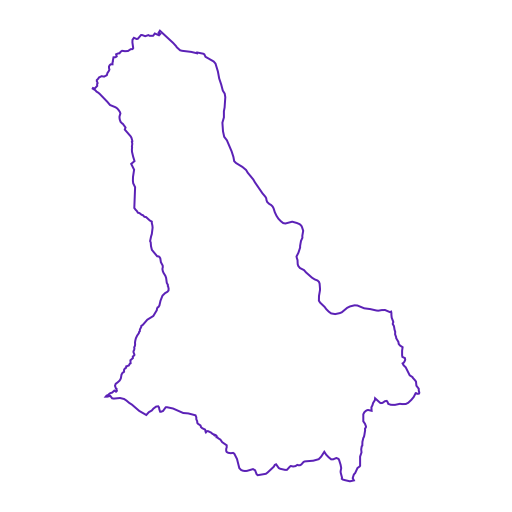 outline of Bania, Caras-Severin, Romania
{"feature_id": "2599482B2316424382008", "entity_name": "Bania", "entity_type": "district", "adm_level": 2, "iso_a3": "ROU", "parent_name": "Romania", "parent_adm1": "Caras-Severin", "projection": "orthographic", "projection_center": [22.097, 44.811], "detail": "fine", "context": "isolated", "style": "outline", "palette": "violet", "viewbox_px": 512, "rotation_deg": 0, "n_neighbors": 0, "source": "geoboundaries", "source_scale": "gbopen_adm2", "svg_char_len": 6034}
<svg xmlns="http://www.w3.org/2000/svg" viewBox="0 0 512 512"><path d="M105.7,396.7L107.1,396.7L110.3,395.9L112.1,398.3L113.8,398.6L120.0,398.0L124.1,399.0L126.5,400.6L129.2,402.9L131.9,404.6L139.2,410.9L146.3,415.0L148.8,412.2L151.8,410.5L153.4,408.6L156.1,406.6L158.2,406.3L159.0,407.4L159.3,409.2L160.1,411.7L160.9,411.8L163.0,411.0L165.7,407.3L166.9,407.2L173.0,408.5L183.2,413.0L188.2,413.4L195.5,415.3L196.3,417.3L196.3,419.2L197.2,421.3L197.3,422.9L198.0,423.8L200.4,425.4L200.8,426.2L200.9,427.0L202.2,428.2L205.1,429.6L205.5,430.8L205.5,431.7L205.9,432.4L206.9,431.2L207.9,431.1L211.1,432.6L212.5,433.9L214.6,434.7L214.3,435.2L214.6,435.5L215.8,435.2L216.6,436.0L216.4,436.8L216.5,437.3L217.5,437.4L218.1,438.2L220.4,439.6L222.2,442.2L226.7,445.3L226.7,447.3L226.2,448.9L226.2,450.9L226.7,452.0L228.2,452.8L230.7,453.2L233.1,452.9L234.3,453.7L237.0,459.0L239.3,468.1L241.1,470.0L242.9,470.7L244.8,471.0L246.9,470.9L253.0,469.1L255.1,470.3L256.6,474.2L257.7,475.2L265.9,473.8L267.6,472.5L273.8,466.7L274.8,464.9L276.1,464.3L278.8,468.1L280.3,468.8L285.2,469.9L286.5,469.9L287.0,469.8L289.8,466.7L290.8,466.0L293.1,466.5L295.5,466.1L297.3,464.9L298.7,465.3L300.1,465.2L301.3,464.5L303.6,461.9L304.9,461.4L313.3,460.7L318.7,459.2L321.2,456.6L324.3,451.8L326.1,454.6L328.6,457.2L331.1,459.3L333.2,459.3L336.4,458.0L338.5,458.9L339.1,460.0L340.6,464.8L341.2,468.1L340.6,471.3L340.7,472.7L342.0,477.6L341.8,478.8L342.7,479.5L344.7,480.1L349.9,481.3L353.9,480.4L352.7,478.1L353.7,474.9L354.4,473.8L355.1,473.2L357.5,468.0L359.6,466.5L360.1,465.8L360.1,456.6L361.5,452.4L361.2,449.4L361.7,446.3L362.3,445.6L362.4,441.9L363.3,438.0L364.0,436.7L364.4,434.8L365.1,430.4L365.0,428.7L365.9,427.3L366.0,426.5L365.0,423.8L363.3,421.3L363.3,414.3L364.3,412.3L365.8,410.9L367.3,410.1L368.2,410.0L371.6,410.8L371.4,407.3L372.4,405.4L373.1,403.0L374.9,400.1L375.1,398.3L380.1,402.8L380.9,403.1L382.5,402.9L384.9,401.2L386.7,400.9L387.6,402.1L388.3,403.9L390.9,404.8L394.9,404.9L399.9,403.8L402.2,404.1L405.8,404.0L408.2,402.8L411.3,399.9L413.7,397.0L415.7,393.1L416.1,393.1L417.1,393.8L418.8,393.7L419.1,393.5L419.3,392.5L418.8,390.8L418.7,388.7L416.4,385.7L416.0,381.7L415.3,380.6L412.8,377.8L412.5,377.1L409.7,375.3L405.7,367.3L403.6,365.3L402.6,363.4L403.7,362.7L404.5,361.5L405.2,359.8L404.9,358.1L402.4,356.9L402.1,355.3L402.1,350.7L402.6,347.2L400.0,345.5L398.7,343.9L398.4,341.9L396.2,338.2L396.1,337.0L395.1,334.3L395.2,331.8L394.5,329.6L394.1,327.0L393.8,325.8L392.8,324.2L392.8,323.4L393.3,322.1L393.2,321.6L391.7,317.7L391.4,314.8L391.4,313.0L391.1,311.6L389.9,312.1L385.0,310.0L381.6,310.1L378.3,310.7L376.4,310.5L370.3,309.1L364.2,308.3L357.4,305.5L354.6,305.3L350.1,306.4L347.2,307.8L341.8,312.3L339.8,313.1L335.2,314.1L331.1,313.4L328.7,311.6L326.3,309.2L324.6,306.9L320.1,302.6L318.9,300.7L319.0,295.9L320.0,290.1L320.0,288.6L319.6,283.6L318.9,281.8L317.5,280.5L314.7,279.4L312.0,277.7L306.0,272.4L304.0,270.1L299.9,268.0L298.3,266.0L297.7,264.2L297.5,260.0L296.9,258.3L296.5,256.5L298.4,252.8L300.1,247.6L300.1,245.9L301.0,240.9L302.4,237.8L302.3,235.9L303.2,230.8L302.0,227.1L301.3,225.7L299.7,224.2L296.9,223.0L292.2,221.7L285.4,223.5L283.2,223.1L280.8,221.2L278.4,218.7L276.5,215.8L274.8,212.2L273.6,208.4L272.6,206.5L271.1,205.0L269.2,203.9L267.2,202.0L266.5,200.2L266.2,198.2L265.4,196.8L262.5,193.4L254.9,182.3L253.3,179.5L247.7,172.7L246.1,170.0L242.5,167.0L236.0,163.0L234.2,161.2L233.4,156.9L231.6,151.3L226.9,140.3L224.2,136.8L223.0,131.3L222.4,122.7L223.9,117.4L223.9,111.2L224.6,107.5L225.3,97.2L224.7,93.6L222.8,90.6L221.2,84.5L219.2,78.5L217.9,71.5L215.5,63.6L213.7,61.5L205.5,56.8L204.3,54.3L203.2,53.7L197.2,52.5L197.1,53.3L191.2,51.9L182.1,50.8L180.1,50.3L176.7,47.2L176.2,46.3L173.2,43.0L159.9,30.7L158.6,32.8L160.2,34.0L159.0,35.3L154.8,33.5L153.2,35.7L152.6,35.8L149.6,35.8L148.4,35.1L145.2,36.2L142.3,35.1L141.1,35.0L137.8,38.8L136.6,39.0L133.9,37.8L132.5,39.8L132.4,42.4L133.2,48.1L132.5,49.1L130.7,49.2L128.0,51.0L125.0,51.2L122.1,50.8L120.6,51.8L119.5,53.3L118.5,53.3L116.1,54.3L116.7,56.4L115.5,57.2L113.5,57.3L112.8,61.1L112.9,61.7L112.5,62.4L112.5,64.3L110.7,64.3L109.7,65.2L109.0,66.5L109.0,68.0L109.4,69.6L108.7,71.2L107.5,72.9L106.8,75.2L104.1,76.6L101.6,76.2L98.9,77.5L98.3,78.6L96.8,80.1L96.8,81.2L97.5,82.6L97.6,83.3L97.1,84.0L97.2,85.9L94.6,88.6L93.0,88.0L92.7,88.6L95.3,90.2L96.5,91.6L98.3,92.7L99.7,93.9L107.5,102.0L110.0,105.0L115.6,107.3L117.3,108.5L118.8,110.3L119.9,112.0L120.4,113.4L119.5,116.5L119.5,117.9L119.8,119.7L120.6,121.9L122.2,123.5L122.8,123.8L125.5,127.5L124.8,129.6L130.7,136.4L131.5,137.9L132.3,140.9L132.3,141.5L131.9,141.8L132.3,143.8L131.9,146.7L132.1,147.2L131.9,149.4L132.0,151.8L133.1,156.5L134.5,161.1L131.2,163.9L134.1,169.7L133.0,176.9L132.9,180.8L133.2,183.3L135.1,187.2L134.3,208.0L135.8,210.0L136.7,210.8L137.9,212.7L139.5,213.1L141.6,214.8L142.8,215.1L144.4,216.8L146.1,217.1L149.8,220.5L151.8,221.6L151.8,223.0L152.4,225.6L152.6,227.7L151.8,234.1L151.1,236.3L150.1,241.1L150.7,242.4L151.0,246.2L151.9,249.9L157.2,256.3L158.7,256.4L159.7,257.3L160.3,258.4L160.9,262.2L162.7,265.6L162.8,267.1L162.4,269.0L162.8,271.1L163.5,272.8L165.4,275.9L166.1,277.9L166.8,282.9L167.9,284.9L167.8,286.0L168.1,286.4L168.6,288.5L168.5,290.5L167.4,291.8L165.1,293.1L162.5,295.6L160.5,300.7L159.4,305.5L158.4,307.1L157.6,307.4L157.0,308.7L156.8,310.2L153.3,316.0L147.3,319.7L142.8,324.9L141.3,325.9L141.2,327.0L139.9,329.5L139.8,331.3L139.0,332.1L138.9,333.1L137.2,335.5L135.9,338.2L135.3,340.6L135.0,342.5L135.1,344.5L134.9,345.9L134.2,347.3L134.4,348.6L134.1,350.1L133.5,351.2L133.5,352.2L134.4,354.6L134.3,355.3L132.8,356.5L132.9,358.1L130.4,360.3L130.6,363.3L129.8,363.7L128.8,365.5L126.2,366.4L126.2,367.3L125.7,368.2L124.9,368.5L124.2,369.5L124.0,370.3L124.1,371.3L123.8,372.1L122.6,372.7L121.5,374.6L120.9,378.1L120.3,379.5L119.5,380.7L117.5,382.5L115.7,383.8L115.0,385.8L115.9,388.4L116.6,388.9L116.5,389.7L116.9,390.8L116.0,391.7L114.3,390.6L112.0,392.7L110.7,393.0L109.6,393.6L108.1,395.0L106.6,395.6L105.7,396.7Z" fill="none" stroke="#5b21b6" stroke-width="2"/></svg>